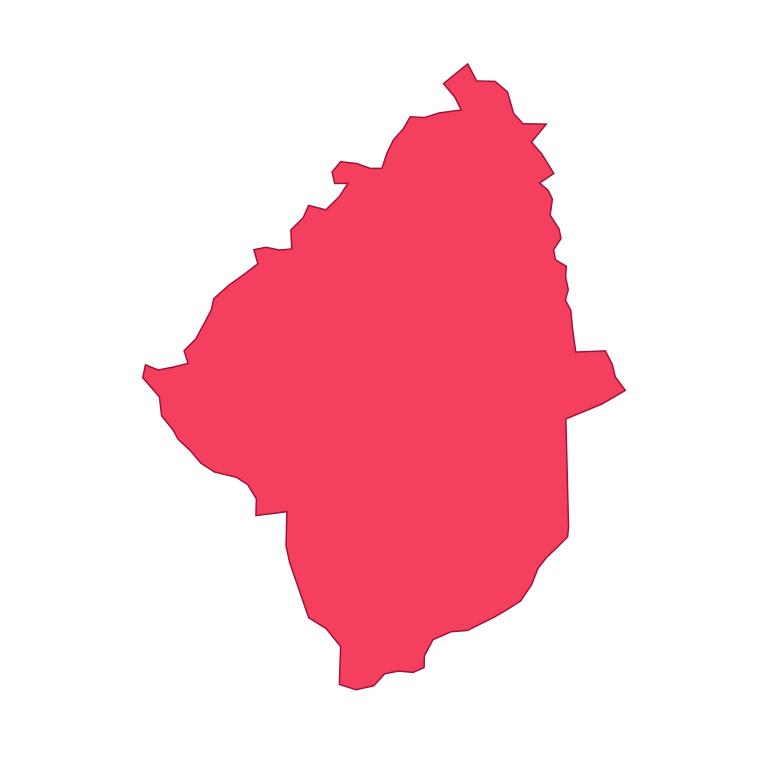 the district of Relvado, Rio Grande do Sul, Brazil, rotated 256°
{"feature_id": "56859067B21914080433066", "entity_name": "Relvado", "entity_type": "district", "adm_level": 2, "iso_a3": "BRA", "parent_name": "Brazil", "parent_adm1": "Rio Grande do Sul", "projection": "natural_earth1", "projection_center": [-52.056, -29.114], "detail": "fine", "context": "isolated", "style": "filled", "palette": "rose", "viewbox_px": 768, "rotation_deg": 256, "n_neighbors": 0, "source": "geoboundaries", "source_scale": "gbopen_adm2", "svg_char_len": 1475}
<svg xmlns="http://www.w3.org/2000/svg" viewBox="0 0 768 768"><g transform="rotate(256 384 384)"><path d="M547.2,599.7L569.3,592.6L583.0,585.6L596.9,604.3L602.9,581.8L615.2,575.2L637.5,574.5L650.8,564.9L655.6,547.2L674.3,542.7L668.4,529.8L661.0,514.4L645.0,522.2L631.2,525.2L633.7,503.3L632.7,487.9L636.9,474.0L627.3,464.9L618.4,452.0L607.5,442.9L593.8,434.1L596.5,422.8L604.4,411.1L610.2,395.7L602.3,384.9L590.5,384.6L587.4,397.5L576.6,385.9L567.0,369.7L575.5,354.1L564.9,345.8L556.0,330.9L537.3,327.1L539.4,314.7L545.2,302.6L545.8,290.2L531.2,290.7L524.4,275.1L517.5,257.7L508.0,239.5L497.8,234.4L488.0,225.8L473.2,212.2L464.7,198.1L451.4,198.8L451.4,183.9L452.2,168.3L460.3,157.2L448.5,151.4L425.8,163.0L407.1,160.5L390.1,168.3L380.3,170.8L365.9,180.1L351.4,187.2L339.7,198.1L329.1,218.3L319.3,227.4L303.5,232.4L287.3,227.9L283.6,258.9L250.7,249.8L233.5,249.3L175.4,254.4L160.5,268.8L139.7,278.4L103.3,268.0L94.1,282.9L93.7,301.1L102.7,314.7L101.9,328.8L97.1,342.5L99.2,354.3L110.4,357.4L124.1,369.7L127.4,389.2L124.7,405.3L127.4,417.7L131.0,434.1L134.9,447.5L140.3,463.9L153.4,478.5L168.0,488.9L176.5,500.0L184.0,513.1L191.3,525.2L200.7,528.5L306.1,552.0L311.9,590.9L319.4,616.6L335.0,610.1L347.6,610.3L362.6,606.8L368.6,577.8L393.8,580.5L410.2,583.1L421.5,580.3L431.0,585.6L443.9,586.1L454.1,589.4L463.0,580.5L473.2,581.0L482.2,590.9L491.9,591.4L507.7,586.1L522.7,592.1L532.3,590.1L541.4,583.6L547.2,599.7Z" fill="#f43f5e" stroke="#9f1239" stroke-width="1.5"/></g></svg>